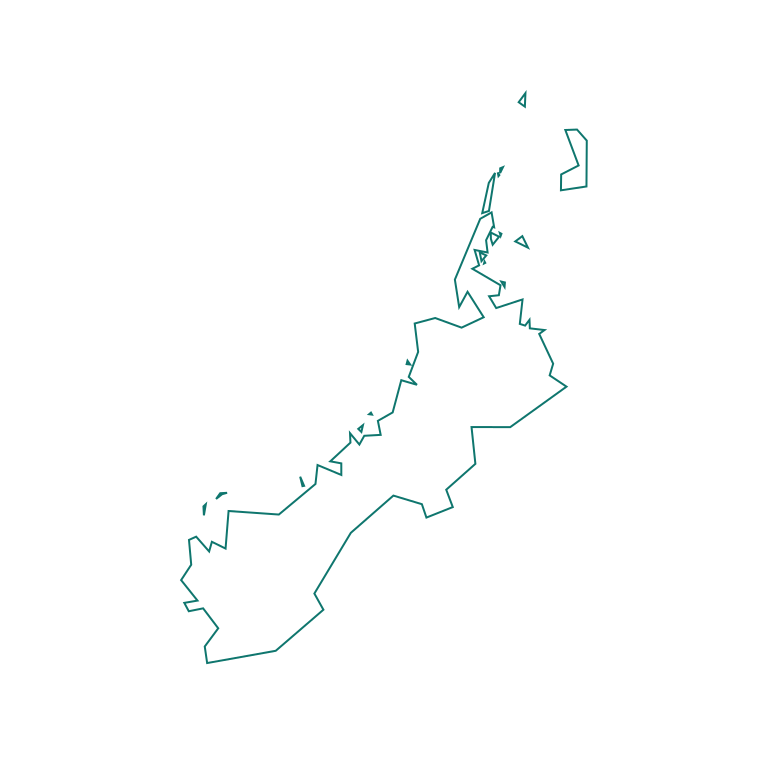 Eastern Samar, Eastern Samar, Philippines (Mercator projection), rotated 234°
{"feature_id": "2640588B94499067384006", "entity_name": "Eastern Samar", "entity_type": "district", "adm_level": 2, "iso_a3": "PHL", "parent_name": "Philippines", "parent_adm1": "Eastern Samar", "projection": "mercator", "projection_center": [125.55, 11.519], "detail": "medium", "context": "isolated", "style": "outline", "palette": "teal", "viewbox_px": 768, "rotation_deg": 234, "n_neighbors": 0, "source": "geoboundaries", "source_scale": "gbopen_adm2", "svg_char_len": 1979}
<svg xmlns="http://www.w3.org/2000/svg" viewBox="0 0 768 768"><g transform="rotate(234 384 384)"><path d="M308.8,105.8L283.8,106.3L277.0,84.7L262.2,76.9L231.8,139.6L237.0,202.3L255.4,204.5L283.1,269.7L288.2,326.0L264.5,344.0L251.0,339.8L244.0,367.3L261.9,372.2L265.7,411.0L297.7,429.5L274.9,460.8L274.6,530.1L293.6,523.1L301.0,532.8L333.3,539.0L333.3,545.6L343.3,534.7L350.4,539.4L348.3,532.5L352.8,529.2L371.0,545.8L379.5,519.4L393.2,520.6L388.3,529.1L395.4,536.3L425.3,523.2L424.1,530.7L439.2,536.1L429.5,545.1L440.3,551.1L447.3,564.3L446.0,565.2L459.6,571.9L461.1,559.0L426.8,502.7L402.0,490.0L409.5,505.8L379.4,503.9L384.0,479.9L407.3,464.2L414.9,444.4L389.9,430.5L375.2,408.2L364.0,410.2L376.9,400.2L355.9,374.3L357.8,357.4L344.8,351.4L353.7,337.6L349.5,328.5L364.2,327.6L356.3,322.4L353.0,295.1L344.9,302.8L335.5,296.0L357.5,282.6L343.4,269.8L340.2,222.2L372.6,183.6L344.0,159.1L357.5,152.0L351.3,144.1L370.9,142.3L372.5,134.6L351.1,121.8L344.6,104.6L318.4,105.8L324.3,93.8L314.9,92.5L308.8,105.8ZM424.8,663.9L461.7,691.1L476.4,689.7L482.9,680.0L446.4,669.9L449.4,650.5L436.7,641.0L424.8,663.9ZM464.5,563.9L462.3,570.6L489.5,597.9L485.1,587.0L464.5,563.9ZM422.2,574.0L409.7,580.6L422.3,582.8L422.2,574.0ZM432.8,553.8L435.5,563.7L443.8,559.4L438.6,555.8L432.8,553.8ZM536.2,669.4L532.8,658.6L525.6,661.0L536.2,669.4ZM434.2,538.8L426.1,535.1L427.9,542.3L434.2,538.8ZM358.3,261.7L349.3,258.0L348.6,259.5L358.3,261.7ZM389.7,180.6L390.0,188.3L388.2,193.1L391.9,187.3L389.7,180.6ZM397.9,539.1L391.7,538.6L395.1,541.5L397.9,539.1ZM391.1,166.0L383.6,161.1L391.5,169.2L391.1,166.0ZM362.8,336.8L358.5,337.5L363.1,342.8L362.8,336.8ZM490.2,604.8L486.4,601.9L489.5,607.7L490.2,604.8ZM386.8,414.0L384.4,416.6L389.0,416.7L386.8,414.0ZM368.3,354.2L366.3,356.3L368.5,356.6L368.3,354.2ZM488.3,600.4L484.9,598.8L485.2,600.1L488.3,600.4ZM438.2,566.5L435.3,565.5L436.5,567.3L438.2,566.5ZM423.9,537.3L422.7,535.8L422.5,537.1L423.9,537.3Z" fill="none" stroke="#0f766e" stroke-width="2"/></g></svg>